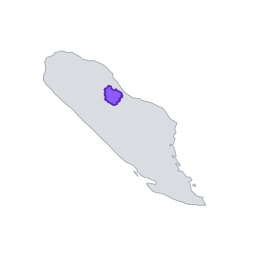 location of Mahabo, Menabe, Madagascar, rotated 120°
{"feature_id": "10022922B70120442307447", "entity_name": "Mahabo", "entity_type": "district", "adm_level": 2, "iso_a3": "MDG", "parent_name": "Madagascar", "parent_adm1": "Menabe", "projection": "equal_earth", "projection_center": [45.183, -20.687], "detail": "fine", "context": "in_parent", "style": "filled", "palette": "violet", "viewbox_px": 256, "rotation_deg": 120, "n_neighbors": 0, "source": "geoboundaries", "source_scale": "gbopen_adm2", "svg_char_len": 6872}
<svg xmlns="http://www.w3.org/2000/svg" viewBox="0 0 256 256"><g transform="rotate(120 128 128)"><path d="M159.5,28.0L160.0,29.7L160.7,31.3L162.6,35.1L163.5,36.6L164.2,38.2L164.5,41.3L165.7,46.2L166.9,53.6L167.2,61.1L167.5,64.6L168.4,67.8L169.9,71.2L170.3,74.9L169.4,78.8L168.0,82.4L167.7,83.1L167.0,84.0L166.7,84.0L165.7,83.0L164.8,81.5L163.8,77.9L163.4,76.1L162.9,75.8L161.6,75.9L160.7,77.1L160.5,77.8L160.7,79.8L161.0,81.7L161.2,83.5L161.2,85.9L161.5,86.6L162.0,87.2L162.5,88.7L162.6,92.3L162.3,94.2L161.3,95.8L161.4,96.6L161.7,97.5L161.4,98.1L160.2,98.7L159.7,99.3L159.0,101.0L157.9,104.2L157.8,105.9L158.4,111.0L158.2,114.6L156.8,121.5L156.0,124.7L154.9,128.6L153.1,133.7L151.4,140.2L150.0,146.8L148.9,150.8L147.7,154.7L146.0,161.6L144.6,168.5L142.5,176.2L139.7,184.8L139.4,185.9L138.8,190.2L138.1,194.0L137.4,197.7L135.8,203.9L135.6,205.8L135.2,207.6L133.7,211.5L133.0,212.9L132.6,214.4L132.3,216.4L131.9,218.2L130.8,221.6L129.1,224.6L128.0,225.6L125.6,227.2L124.4,227.5L121.7,227.5L119.1,228.4L116.4,230.1L113.7,232.1L112.7,233.0L111.6,233.5L108.2,233.6L107.1,233.2L103.7,230.0L102.4,229.5L99.8,229.0L99.0,228.8L98.4,228.4L97.3,226.7L95.3,225.3L94.8,224.8L94.5,223.9L94.3,222.8L93.7,221.6L93.3,219.4L92.7,217.8L90.8,215.0L90.6,214.2L90.4,211.2L90.5,209.2L90.3,205.6L90.5,203.9L91.1,202.3L90.8,200.6L90.1,198.9L89.9,197.0L89.3,195.4L87.3,192.4L86.9,190.9L86.5,189.4L85.8,184.6L85.7,182.9L85.8,179.4L86.0,177.6L86.5,176.3L86.6,175.4L86.9,174.6L87.4,173.9L87.7,173.2L88.4,168.7L89.4,167.7L90.8,167.1L91.9,165.9L92.5,164.3L93.2,161.0L94.9,157.8L95.5,156.0L97.0,153.4L98.2,149.8L98.6,148.1L98.9,146.3L99.2,142.4L99.4,140.5L99.4,138.6L98.6,136.6L96.9,133.1L96.8,132.4L97.0,129.7L96.8,127.8L96.2,125.9L95.4,124.1L94.6,120.7L94.2,115.1L94.2,113.1L94.0,111.3L93.4,109.6L93.8,106.6L99.0,95.7L99.1,94.5L98.9,91.1L99.0,89.2L99.2,88.5L99.6,88.1L100.5,87.9L104.7,87.4L105.2,87.1L106.3,86.2L107.7,84.4L108.4,83.9L109.0,84.1L109.3,84.8L109.8,85.2L111.5,84.4L112.1,84.4L112.8,84.5L113.1,83.8L113.3,82.8L113.5,82.1L114.0,81.7L116.2,81.5L117.6,81.2L119.4,80.5L119.8,80.6L121.2,83.1L121.7,83.4L122.2,83.5L122.7,83.0L121.5,81.7L121.4,81.0L121.4,80.1L122.1,78.3L123.1,77.0L125.5,74.9L127.9,72.5L128.6,72.3L129.2,72.7L129.7,75.5L129.6,76.0L130.0,76.0L130.5,75.7L130.9,74.5L130.9,73.6L130.6,72.7L130.4,71.9L130.4,71.2L131.7,69.5L132.6,67.9L133.1,66.0L133.5,65.1L134.5,64.1L134.8,64.3L135.1,65.1L135.2,65.9L134.9,66.8L134.5,67.6L134.4,68.7L135.0,69.0L135.5,68.7L136.3,66.7L137.2,64.7L137.8,63.7L138.5,63.1L139.6,63.2L140.7,63.6L138.9,61.6L138.5,58.8L140.7,54.0L140.7,53.0L141.0,52.7L141.1,52.3L140.0,50.7L139.8,49.9L140.0,48.7L140.5,47.6L141.0,46.8L141.7,46.5L142.2,46.9L143.4,48.3L144.2,48.5L145.2,47.2L146.0,45.6L147.2,44.5L148.6,43.8L150.7,41.3L152.0,36.0L152.2,34.5L151.9,32.6L151.4,30.8L150.6,28.6L150.8,28.1L151.9,28.4L152.3,28.1L153.6,26.1L155.6,22.4L156.3,22.4L156.9,23.1L157.1,24.1L157.5,24.9L158.8,26.7L159.5,28.0ZM145.3,42.8L145.3,43.4L143.7,43.2L143.5,41.2L144.3,41.1L144.4,40.3L144.9,40.2L145.4,42.0L145.3,42.8ZM163.7,98.9L162.3,101.8L162.7,99.4L164.3,95.9L164.7,95.6L163.7,98.9Z" fill="#d9dde1" stroke="#a8b0b8" stroke-width="1"/><path d="M115.1,151.1L114.8,151.0L114.6,150.9L114.4,150.9L114.2,150.7L113.9,150.2L113.7,150.0L113.4,149.8L113.2,149.8L113.1,149.7L113.0,149.8L112.9,149.8L112.8,149.7L112.7,149.6L112.5,149.8L112.5,149.7L112.4,149.7L112.4,149.8L112.2,150.2L112.1,150.3L112.0,150.2L111.8,150.3L111.7,150.2L111.4,149.9L111.2,149.8L110.7,150.3L110.4,150.2L109.9,150.0L109.9,149.8L110.0,149.7L110.0,149.3L109.8,149.1L109.7,148.9L109.4,148.8L109.3,149.0L109.0,149.0L108.8,149.2L108.7,149.2L108.4,149.0L108.4,148.7L108.1,148.8L107.9,148.9L107.9,149.2L107.7,149.3L107.7,149.5L107.6,149.9L107.4,150.2L107.2,150.0L107.0,149.9L106.9,149.7L106.7,149.3L106.7,149.1L106.4,149.1L106.2,149.1L106.2,148.9L106.1,149.3L105.8,149.3L105.7,149.4L105.5,149.1L105.4,149.1L105.2,149.2L105.1,149.4L104.9,149.4L104.7,149.3L104.6,149.1L104.4,148.9L104.4,149.0L104.3,149.3L104.3,149.2L104.2,149.2L103.9,149.3L103.8,149.5L103.7,149.2L103.4,149.2L103.1,149.2L103.0,148.8L102.9,148.8L102.7,149.0L102.6,149.3L102.7,149.6L102.6,149.8L102.4,150.0L102.3,149.9L102.2,149.9L102.2,150.1L101.7,150.2L101.4,150.3L101.3,150.6L101.2,150.8L101.1,151.0L101.1,151.4L101.1,151.5L100.8,151.7L100.7,152.0L100.9,152.0L101.0,152.1L101.0,152.3L101.0,152.6L101.0,153.0L100.9,153.3L100.9,153.5L100.7,153.8L100.7,154.4L100.7,154.8L100.9,155.1L101.1,156.0L100.7,156.8L100.4,157.1L100.4,157.3L100.5,157.4L100.5,157.5L100.6,157.4L100.8,157.5L100.9,157.4L101.0,157.4L101.1,157.5L101.3,157.7L101.3,157.8L101.6,158.0L101.8,158.3L101.8,158.5L102.0,158.7L102.2,158.8L102.3,158.7L102.4,158.8L102.3,159.0L102.3,159.3L102.3,159.6L102.3,159.9L102.2,160.0L102.4,160.2L102.4,160.4L102.5,160.5L102.5,160.8L102.4,160.9L102.3,161.0L102.2,161.1L102.2,161.4L102.2,161.6L102.3,161.9L102.2,162.1L102.2,162.3L101.6,162.3L101.6,162.5L101.3,162.7L101.0,162.8L100.7,163.2L100.6,163.3L100.6,163.5L100.5,164.0L100.6,164.3L100.6,164.5L100.8,164.8L100.7,164.9L100.8,165.0L101.0,165.1L101.0,165.4L101.0,165.5L101.0,165.8L101.1,166.0L101.4,166.1L101.6,166.2L101.8,165.9L102.0,165.8L102.4,166.0L102.6,166.1L102.8,166.2L102.9,166.3L103.0,166.4L103.2,166.2L103.4,166.2L103.6,166.3L103.9,166.4L104.3,166.4L104.7,166.7L104.8,166.7L104.8,166.8L104.9,167.0L104.9,167.3L105.0,167.4L105.1,167.6L105.3,167.6L105.5,167.7L106.0,167.7L106.3,167.6L106.7,167.6L106.8,167.6L106.9,167.3L107.0,167.1L107.2,166.9L107.2,166.7L107.4,166.6L107.4,166.4L107.6,166.4L107.6,166.2L107.9,166.2L108.2,165.8L108.3,165.6L108.4,165.4L108.6,165.4L108.9,165.3L109.3,165.4L109.5,165.3L109.4,165.5L109.5,165.6L109.7,165.9L109.8,165.9L109.9,165.7L110.0,165.5L110.1,165.4L110.1,165.2L110.3,165.0L110.3,164.9L110.6,164.7L110.8,164.5L110.8,164.4L111.0,164.4L110.9,164.3L110.9,164.1L111.0,164.0L111.1,163.9L111.3,163.9L111.4,163.7L111.5,163.7L111.6,163.4L111.7,163.2L111.6,162.9L112.0,162.9L112.3,162.9L112.4,163.0L112.5,162.9L112.7,162.7L112.9,162.7L113.0,162.7L113.0,162.9L113.1,163.0L113.3,162.9L113.5,162.6L113.4,162.3L113.5,162.1L113.7,161.7L114.0,161.7L114.4,161.8L114.5,161.8L114.6,161.7L114.7,161.8L114.8,162.0L114.9,161.8L114.7,161.7L114.8,161.6L114.7,161.5L114.8,161.4L114.8,161.2L114.7,160.9L114.8,160.9L114.7,160.8L114.7,160.6L114.8,160.4L114.8,160.0L114.8,159.9L114.8,159.6L114.9,159.4L115.0,159.3L114.9,159.2L115.0,158.8L115.2,158.7L115.3,158.7L115.5,158.7L115.5,158.4L115.5,158.2L115.4,158.1L115.5,158.0L115.5,157.8L115.4,157.8L115.4,157.7L115.4,157.3L115.4,157.1L115.3,156.9L115.4,156.7L115.3,156.4L115.0,156.0L114.9,155.9L115.0,155.7L115.4,155.3L115.3,155.1L115.3,154.9L115.4,154.7L115.5,154.3L115.4,154.2L115.5,154.1L115.4,154.0L115.4,153.9L115.3,153.6L115.4,153.4L115.5,153.0L115.4,152.9L115.5,152.8L115.5,152.7L115.4,152.7L115.3,152.4L115.2,152.3L115.2,152.2L115.3,151.8L115.1,151.7L115.2,151.4L115.1,151.1Z" fill="#8b5cf6" stroke="#5b21b6" stroke-width="1.5"/></g></svg>